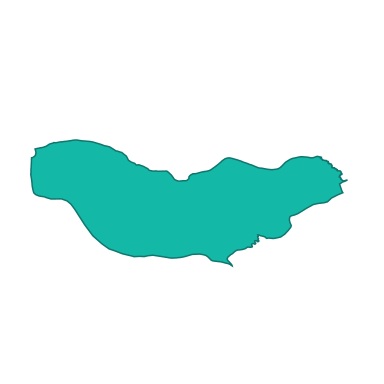 the district of Ngoi, Louangphrabang, Laos, rotated 76°
{"feature_id": "54806243B52412809783440", "entity_name": "Ngoi", "entity_type": "district", "adm_level": 2, "iso_a3": "LAO", "parent_name": "Laos", "parent_adm1": "Louangphrabang", "projection": "equal_earth", "projection_center": [102.68, 20.655], "detail": "fine", "context": "isolated", "style": "filled", "palette": "teal", "viewbox_px": 384, "rotation_deg": 76, "n_neighbors": 0, "source": "geoboundaries", "source_scale": "gbopen_adm2", "svg_char_len": 5943}
<svg xmlns="http://www.w3.org/2000/svg" viewBox="0 0 384 384"><g transform="rotate(76 192 192)"><path d="M187.9,64.0L188.0,66.1L187.9,67.3L187.6,68.4L186.8,70.0L185.9,72.2L185.5,73.4L184.5,76.4L184.1,77.8L184.0,79.1L183.9,80.7L183.9,83.2L183.8,84.9L183.7,86.1L183.9,87.8L184.2,89.3L184.8,91.1L185.5,93.4L186.2,94.8L188.3,98.1L189.1,99.5L189.7,100.7L190.2,102.3L190.3,104.4L190.1,105.9L189.8,108.3L189.4,110.0L188.8,111.6L188.4,112.7L187.7,114.4L186.8,116.3L186.0,118.0L185.5,119.3L185.1,120.7L184.5,121.8L183.6,123.1L182.1,125.1L181.1,126.4L180.0,127.9L179.4,129.1L178.6,130.2L177.7,131.4L176.5,133.3L175.3,135.2L174.2,136.5L173.1,138.3L172.2,139.6L171.2,141.3L170.3,142.9L169.2,144.8L168.4,146.4L168.0,147.3L167.7,148.5L167.6,150.2L167.8,152.1L169.2,155.6L170.1,157.0L170.7,158.4L171.4,159.6L172.1,161.2L172.8,162.8L173.7,165.0L174.5,167.0L175.2,169.1L175.4,170.7L175.4,172.8L175.1,175.3L175.0,177.2L175.0,179.1L175.1,181.8L175.1,183.5L174.9,185.2L174.5,186.7L174.7,187.2L174.9,188.5L175.6,190.1L176.6,191.3L178.3,191.8L179.5,194.0L179.6,195.1L179.2,196.7L178.8,198.3L178.7,199.7L178.4,201.3L178.1,202.6L177.2,204.0L176.1,205.5L175.4,206.1L173.1,206.9L170.6,207.9L166.9,210.3L165.6,211.4L163.7,219.8L162.9,221.7L162.3,224.8L160.6,228.3L158.6,229.3L157.2,231.0L155.4,232.9L152.7,237.0L152.4,239.5L150.4,240.6L148.3,243.7L145.8,246.0L141.3,247.0L139.6,248.4L136.6,250.6L135.9,252.0L134.2,254.6L133.7,255.9L133.1,256.4L131.8,257.6L128.4,260.9L127.3,262.8L126.2,265.1L125.5,266.4L124.9,267.2L123.8,268.8L121.9,272.0L119.7,275.7L118.9,277.5L118.3,278.7L117.8,280.2L117.0,282.5L116.3,284.6L115.8,286.3L115.4,287.1L115.0,288.2L113.9,290.6L113.5,291.8L113.3,292.9L113.0,294.7L112.8,297.7L112.6,299.5L112.4,302.0L112.2,302.8L112.0,304.1L112.0,305.2L111.7,306.7L111.4,309.1L111.4,311.0L111.1,313.0L110.6,314.0L110.9,315.1L110.9,315.6L110.9,317.4L111.1,319.0L111.6,320.4L112.0,321.4L112.4,322.9L112.6,325.4L112.6,326.6L112.4,328.8L112.4,330.0L112.3,331.2L112.3,333.9L114.4,333.8L116.3,333.9L117.0,334.3L118.5,335.1L118.9,335.6L119.2,336.2L119.5,336.7L119.7,337.4L119.9,337.9L120.2,339.0L120.0,339.4L121.9,340.0L122.5,340.1L123.8,340.5L125.2,340.9L126.8,341.4L127.5,341.6L129.2,342.1L130.2,342.5L132.8,343.2L133.5,343.4L134.1,343.5L134.8,343.7L135.3,344.0L135.7,344.1L137.9,344.4L138.7,344.4L142.3,344.8L144.2,345.0L146.9,345.5L148.6,345.7L152.9,345.8L154.5,345.7L155.3,345.3L156.9,344.1L158.9,341.3L161.2,335.9L161.7,335.5L164.7,330.5L167.1,320.3L170.4,315.4L174.5,312.4L180.2,310.0L197.7,304.1L210.5,298.8L220.4,292.0L227.2,286.2L230.1,281.6L235.2,274.3L239.8,265.4L240.7,264.0L241.7,258.7L242.3,256.6L243.1,254.0L243.2,249.9L243.9,245.2L246.3,239.4L248.3,234.7L249.3,232.3L250.6,229.5L251.3,227.3L251.7,225.3L252.2,222.8L252.4,220.8L252.7,219.3L252.9,216.3L252.9,213.5L252.6,206.9L253.0,204.8L253.5,202.3L254.1,199.5L255.7,195.9L257.0,193.8L259.0,192.1L261.4,190.7L262.9,189.8L263.5,189.0L264.0,188.1L264.3,187.3L264.7,186.4L264.9,185.7L265.5,184.3L266.8,180.7L269.5,175.8L270.2,174.3L271.1,173.1L272.2,172.0L273.4,170.9L272.7,170.9L270.8,171.7L267.1,173.8L265.4,174.2L263.8,172.8L262.1,169.4L261.5,167.3L260.9,166.5L259.7,163.9L259.3,162.1L259.7,159.9L260.0,156.4L259.8,153.8L258.9,151.4L259.1,150.6L259.2,150.1L259.4,149.8L259.6,149.5L259.6,149.2L259.7,148.7L259.9,148.4L259.9,147.9L259.7,147.6L259.7,147.1L259.8,146.8L259.6,146.7L259.3,146.8L259.1,146.6L258.8,146.7L258.6,147.0L258.4,147.1L258.0,146.9L257.7,146.9L257.3,146.9L257.2,146.5L256.9,146.2L256.8,145.3L256.9,145.1L257.1,144.7L257.3,144.4L257.6,143.9L257.8,143.7L257.8,143.2L257.5,142.7L257.2,142.6L256.8,142.9L256.5,142.9L256.1,143.2L255.7,143.2L255.4,143.1L255.2,142.8L254.9,142.7L254.6,142.9L254.5,142.7L254.5,142.2L254.6,141.8L254.8,141.3L255.2,141.0L255.4,140.8L255.8,140.8L256.0,140.7L256.2,139.8L256.0,139.6L255.9,139.1L255.6,139.1L255.2,139.0L254.8,139.3L254.4,139.6L254.2,139.4L253.9,139.3L253.5,138.8L253.2,139.0L252.8,139.0L252.4,139.3L252.2,139.2L251.7,139.1L251.2,139.1L251.2,138.5L250.9,138.4L250.4,138.4L249.9,138.3L249.6,138.4L250.1,137.1L250.8,136.5L251.9,134.2L252.7,132.9L253.2,132.0L253.7,131.8L254.7,131.1L255.1,130.7L255.2,128.8L256.5,125.2L256.8,124.5L257.1,120.0L257.1,116.8L255.4,112.3L252.7,108.1L250.1,104.7L248.6,103.8L245.6,104.3L242.7,104.3L240.8,103.6L239.9,103.1L239.5,102.6L239.1,101.2L239.1,98.0L238.6,94.5L235.5,84.9L233.5,77.4L233.6,72.6L234.4,66.2L234.3,62.9L231.6,58.1L230.0,51.2L229.2,45.8L227.9,46.2L225.3,46.5L219.9,46.9L219.7,46.3L219.7,46.0L219.4,45.2L219.1,44.4L218.7,43.3L218.7,42.4L218.6,41.5L218.4,40.2L217.9,38.2L217.9,39.4L217.9,40.3L218.0,41.3L217.8,42.4L217.1,43.2L216.8,43.4L216.6,43.6L215.8,44.5L215.6,44.5L215.8,43.8L215.7,43.8L215.4,44.0L215.2,44.3L214.1,44.3L213.6,44.4L213.4,44.6L213.6,45.1L213.5,45.3L212.9,45.5L212.1,45.0L212.0,44.5L211.9,44.3L211.5,44.4L211.3,44.2L211.3,43.8L211.3,43.4L211.3,42.8L211.3,42.5L211.0,42.1L210.6,42.1L210.4,42.1L209.9,42.3L209.7,42.8L209.3,42.6L208.8,42.5L208.3,42.6L207.6,42.9L207.3,43.4L207.1,44.2L206.8,44.8L206.6,45.7L206.4,45.7L206.1,46.0L205.9,46.0L205.8,45.8L205.7,45.0L205.5,45.5L205.4,46.3L205.2,46.5L204.8,46.3L204.4,46.6L204.3,46.9L204.2,47.4L203.7,47.4L203.6,47.7L203.4,48.2L203.2,48.4L202.8,48.2L202.7,48.4L202.7,49.0L202.5,49.7L202.2,49.8L202.0,50.0L202.0,50.3L200.9,49.8L200.7,50.1L200.4,50.2L200.2,49.8L199.9,49.7L199.7,49.8L199.4,50.0L199.2,50.3L198.9,50.2L198.6,50.2L198.4,50.5L198.2,50.7L198.2,51.4L197.8,51.6L197.6,52.0L197.6,52.5L197.4,52.7L197.1,52.4L196.8,52.3L196.5,52.3L196.2,53.0L195.9,52.9L195.6,52.4L195.4,52.4L195.2,52.6L195.2,53.1L195.0,53.5L194.7,53.7L194.5,54.0L194.3,53.7L194.1,53.8L193.7,54.8L193.5,55.8L193.3,56.2L193.0,56.3L192.9,56.5L192.8,57.5L192.5,57.6L192.2,57.5L191.9,57.6L191.6,57.7L191.3,58.2L191.1,58.6L190.6,58.5L190.3,58.5L190.2,58.7L190.0,59.1L189.9,59.0L189.9,58.1L189.6,58.0L189.4,58.3L189.0,59.1L188.8,59.6L188.7,60.0L188.4,60.3L188.2,60.8L187.8,61.6L187.7,62.5L187.8,63.2L187.9,64.0Z" fill="#14b8a6" stroke="#0f766e" stroke-width="1.5"/></g></svg>